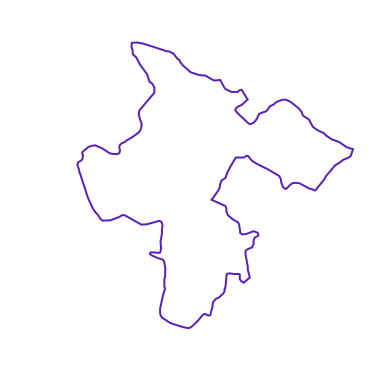 Cuilapa, Santa Rosa, Guatemala, rotated 298°
{"feature_id": "79465075B18848858610216", "entity_name": "Cuilapa", "entity_type": "district", "adm_level": 2, "iso_a3": "GTM", "parent_name": "Guatemala", "parent_adm1": "Santa Rosa", "projection": "natural_earth1", "projection_center": [-90.29, 14.248], "detail": "fine", "context": "isolated", "style": "outline", "palette": "violet", "viewbox_px": 384, "rotation_deg": 298, "n_neighbors": 0, "source": "geoboundaries", "source_scale": "gbopen_adm2", "svg_char_len": 3442}
<svg xmlns="http://www.w3.org/2000/svg" viewBox="0 0 384 384"><g transform="rotate(298 192 192)"><path d="M70.2,253.1L72.8,254.9L81.2,257.7L88.6,259.2L90.1,260.2L90.4,260.9L90.7,264.6L91.8,265.9L101.1,263.8L101.5,263.3L104.5,262.3L108.8,263.2L111.6,265.4L117.3,267.3L120.1,267.3L121.2,266.4L123.9,266.1L128.4,264.3L135.0,261.4L136.5,261.6L137.8,263.4L138.2,264.5L138.9,266.4L139.8,268.6L140.6,269.9L141.1,270.9L141.6,271.8L141.7,272.9L137.6,275.0L136.4,277.3L136.2,280.3L143.7,283.2L149.8,277.6L151.9,276.6L161.0,269.4L161.9,268.7L162.6,268.2L163.5,267.7L164.3,267.3L165.2,267.1L166.2,267.2L167.0,267.5L171.3,271.0L175.4,270.8L177.3,269.3L180.0,268.8L181.6,269.0L184.2,270.9L185.5,270.7L186.8,269.1L186.4,264.9L183.0,261.9L180.8,260.0L178.9,257.5L178.3,256.6L178.3,253.9L181.1,252.1L185.6,248.7L186.8,246.7L187.1,240.1L188.4,234.5L190.1,232.6L191.1,231.3L194.0,229.8L195.3,228.0L194.3,213.0L205.7,214.5L209.4,214.2L211.9,213.2L215.9,212.7L220.1,214.9L226.1,214.0L233.2,214.0L243.0,214.5L246.7,221.5L249.8,223.4L249.9,225.4L249.0,227.2L247.7,230.3L247.3,236.4L247.7,249.2L247.0,261.6L244.9,264.6L242.6,266.1L239.7,269.3L238.7,270.8L238.5,272.4L239.1,273.7L244.9,275.5L247.4,276.9L248.1,278.1L250.2,282.7L250.1,294.0L250.9,296.9L250.8,299.2L251.4,300.2L265.6,302.9L268.6,302.8L282.9,305.9L286.9,308.4L291.3,310.3L295.7,314.1L298.1,315.2L305.4,314.1L304.2,307.7L305.2,298.5L304.1,290.6L304.9,283.3L305.9,281.0L305.5,274.8L305.9,270.2L306.4,267.9L307.4,266.4L309.6,263.1L310.3,262.3L311.1,260.6L311.4,254.8L312.2,253.2L314.0,251.4L315.8,247.4L317.9,236.6L317.5,231.2L315.8,228.5L312.7,225.5L309.3,223.4L307.9,223.3L304.6,220.7L298.2,219.7L292.7,214.6L286.6,214.9L282.6,214.1L281.1,213.2L279.3,211.4L279.0,210.0L281.2,201.9L283.0,195.1L284.0,192.9L284.6,191.9L285.2,191.6L286.0,191.6L287.1,191.7L289.3,192.8L292.4,195.1L299.8,197.7L305.5,187.9L303.7,185.8L302.4,185.7L301.3,184.7L298.9,179.7L298.6,173.8L299.2,171.8L304.1,164.3L301.0,159.5L300.7,157.3L301.1,149.1L300.4,147.9L298.4,142.5L297.1,134.5L299.6,124.2L301.2,120.6L302.7,119.0L302.8,116.8L304.5,112.8L305.5,110.8L305.3,105.7L304.4,103.3L300.1,79.2L298.1,73.0L295.4,68.8L291.9,70.3L289.7,72.6L285.8,75.2L284.6,79.7L282.4,83.0L280.0,86.4L274.8,97.2L269.3,102.8L269.1,105.9L266.6,109.8L261.8,112.2L255.4,110.7L239.6,107.3L236.0,108.3L231.5,112.2L229.2,115.0L226.9,116.4L222.6,117.4L219.3,116.9L212.0,113.3L209.2,111.6L206.6,109.9L204.7,109.3L202.3,107.3L199.9,106.3L197.8,106.5L194.5,109.1L192.2,109.6L190.2,108.0L189.9,107.2L188.8,104.8L188.2,103.9L187.6,100.5L188.4,92.1L187.8,84.8L185.7,81.7L183.3,79.5L180.8,78.5L176.7,76.7L174.9,76.7L173.2,78.5L170.1,79.7L168.0,79.5L164.9,77.6L162.8,77.7L161.5,78.7L157.8,82.6L156.5,83.0L156.2,84.0L148.5,92.0L146.1,94.5L145.4,95.4L140.7,100.0L136.4,104.8L136.0,105.5L133.6,108.7L132.9,109.5L130.7,112.5L129.0,115.8L127.8,119.0L127.5,120.1L125.4,123.4L124.7,126.3L127.9,131.9L128.9,133.5L135.7,139.4L138.7,141.2L139.9,143.5L139.4,162.5L142.4,167.5L144.2,169.3L151.3,176.8L151.4,178.5L151.0,179.4L149.8,180.6L148.8,181.6L144.6,183.1L141.4,184.9L134.7,187.1L133.3,187.6L127.3,191.4L123.7,192.3L122.8,191.4L122.4,190.8L121.5,188.5L119.8,184.6L119.1,183.9L118.5,183.6L117.6,184.0L117.3,184.7L117.1,185.9L117.6,192.6L118.6,197.6L117.7,199.9L111.9,204.4L104.5,208.0L101.9,208.6L95.7,211.9L94.1,213.5L87.6,214.8L83.5,215.9L74.0,218.6L70.7,220.4L69.0,221.5L67.1,224.2L66.1,234.4L68.4,247.2L70.2,253.1Z" fill="none" stroke="#5b21b6" stroke-width="2"/></g></svg>